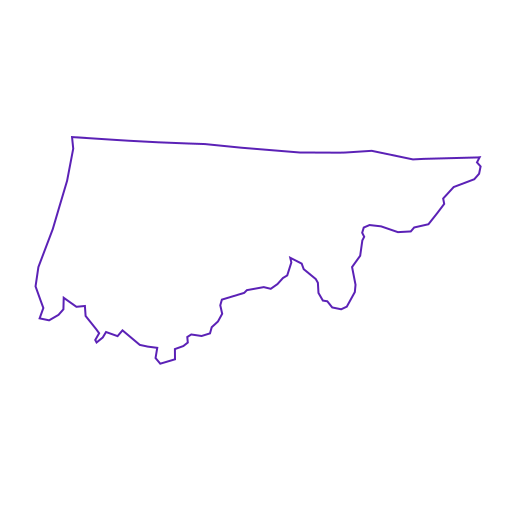 Quebradillas, Puerto Rico (Albers equal-area conic projection), rotated 274°
{"feature_id": "32010507B1223039681342", "entity_name": "Quebradillas", "entity_type": "district", "adm_level": 2, "iso_a3": "PRI", "parent_name": "Puerto Rico", "parent_adm1": "", "projection": "albers", "projection_center": [-66.935, 18.429], "detail": "fine", "context": "isolated", "style": "outline", "palette": "violet", "viewbox_px": 512, "rotation_deg": 274, "n_neighbors": 0, "source": "geoboundaries", "source_scale": "gbopen_adm2", "svg_char_len": 1371}
<svg xmlns="http://www.w3.org/2000/svg" viewBox="0 0 512 512"><g transform="rotate(274 256 256)"><path d="M370.1,472.2L369.8,470.4L364.6,416.6L363.3,405.8L369.0,364.1L365.4,337.5L364.9,332.1L362.3,292.4L363.0,233.7L364.1,197.2L363.5,180.6L362.6,150.5L362.1,120.6L362.0,106.6L361.8,64.2L350.8,66.1L350.5,66.2L317.8,62.3L288.7,55.8L287.3,55.5L268.7,51.4L229.8,39.7L210.3,38.2L196.2,44.4L189.3,47.5L178.7,44.5L177.4,54.1L183.5,63.1L189.4,67.6L200.9,67.1L192.8,80.4L194.2,88.8L184.3,90.2L171.6,101.9L168.0,104.9L161.0,101.5L158.6,103.0L164.0,108.8L169.7,111.7L166.4,123.5L172.5,128.0L159.2,146.3L158.2,153.5L158.1,153.8L157.5,163.9L147.2,162.9L141.9,168.0L147.3,182.4L157.5,181.6L161.1,189.8L164.9,194.0L170.4,193.1L173.2,196.9L172.4,207.3L175.6,215.5L181.9,216.8L188.0,222.6L196.0,226.3L204.3,223.8L210.1,225.0L218.4,246.8L221.3,249.3L225.5,265.9L224.3,273.0L229.5,279.4L235.9,284.4L238.8,288.5L252.0,291.7L256.6,290.3L251.6,302.1L246.2,304.5L237.2,317.2L233.6,319.6L223.5,320.9L216.2,325.8L215.8,330.3L210.0,335.6L208.8,344.7L211.8,350.1L226.9,357.1L234.2,357.3L251.7,352.6L263.5,359.9L279.0,361.0L282.7,362.6L286.6,360.3L291.9,361.5L294.8,367.1L294.3,378.7L289.7,395.9L291.3,408.7L295.5,411.8L299.7,425.8L311.7,434.0L321.1,440.1L326.4,438.7L338.6,448.4L347.8,468.4L353.6,472.8L361.0,473.8L364.8,469.9L370.1,472.2Z" fill="none" stroke="#5b21b6" stroke-width="2"/></g></svg>